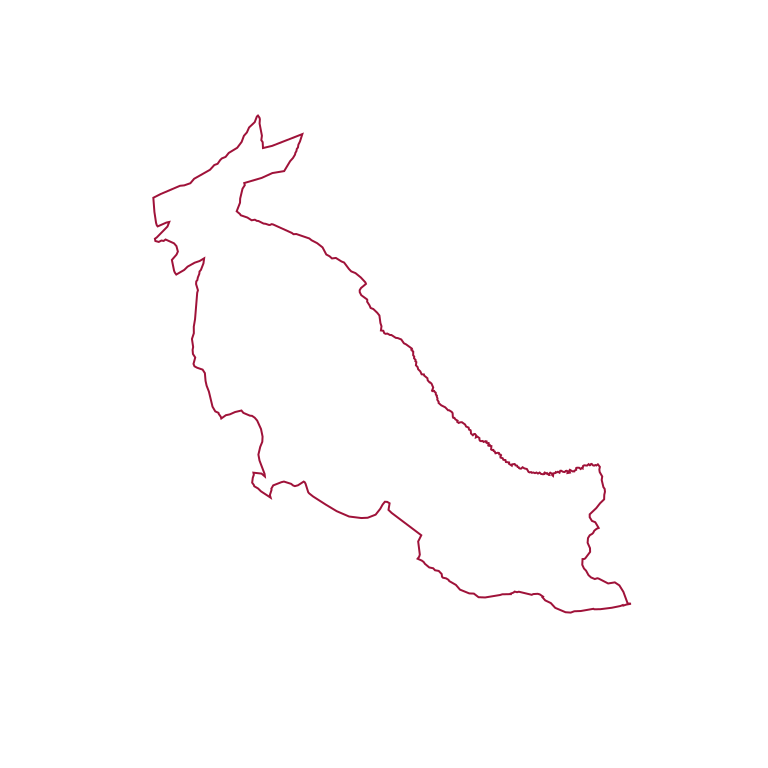 the district of Yahuma, Orientale, Democratic Republic of the Congo, rotated 158°
{"feature_id": "63176286B43218121140485", "entity_name": "Yahuma", "entity_type": "district", "adm_level": 2, "iso_a3": "COD", "parent_name": "Democratic Republic of the Congo", "parent_adm1": "Orientale", "projection": "albers", "projection_center": [22.941, 0.801], "detail": "fine", "context": "isolated", "style": "outline", "palette": "rose", "viewbox_px": 768, "rotation_deg": 158, "n_neighbors": 0, "source": "geoboundaries", "source_scale": "gbopen_adm2", "svg_char_len": 6154}
<svg xmlns="http://www.w3.org/2000/svg" viewBox="0 0 768 768"><g transform="rotate(158 384 384)"><path d="M309.1,112.3L301.2,104.4L296.5,102.1L292.7,102.0L286.6,99.8L274.0,97.1L273.5,96.4L267.9,94.2L256.6,91.2L248.0,89.6L245.3,89.6L245.2,88.9L242.0,88.7L238.2,87.9L238.1,88.2L240.3,89.3L239.9,101.6L241.2,109.1L244.3,113.6L250.9,115.1L257.9,123.2L259.0,124.0L261.6,124.2L264.5,127.1L266.0,130.2L266.6,135.3L267.7,138.0L267.9,142.1L265.5,147.3L264.1,146.8L262.8,146.9L255.8,151.1L254.5,154.6L254.7,160.5L252.6,164.7L249.9,166.7L247.0,167.1L245.7,167.7L244.0,169.2L241.1,170.1L238.9,170.1L239.9,176.7L242.5,179.2L243.2,183.4L242.1,186.1L233.7,189.4L228.3,192.5L223.1,194.6L221.3,198.7L219.5,201.3L218.7,204.1L219.2,206.2L218.1,213.5L216.3,216.5L217.0,221.5L216.4,224.0L214.9,226.3L215.8,229.4L217.6,228.9L218.4,229.7L219.8,229.6L220.7,230.3L221.4,232.1L222.3,232.2L223.2,231.5L223.7,231.6L224.3,233.0L226.3,232.3L228.8,233.6L230.0,233.5L230.7,232.4L231.2,232.3L231.5,231.3L232.3,232.0L233.5,231.5L234.4,233.2L236.4,234.1L237.4,234.0L238.0,232.4L239.9,232.3L240.3,231.7L241.9,232.3L243.8,234.8L244.8,234.1L244.8,232.2L247.3,232.7L246.5,234.3L247.1,235.1L248.1,235.3L249.5,234.7L250.9,235.5L252.3,237.3L253.1,237.5L254.5,236.0L255.6,237.5L257.1,237.3L257.7,238.0L258.6,237.3L260.5,237.7L261.7,235.5L262.2,236.5L261.8,237.8L263.1,239.5L264.5,239.0L264.7,237.7L265.3,238.0L265.5,238.9L266.3,239.3L266.3,240.4L267.5,240.5L268.1,241.7L268.7,241.5L269.3,240.5L270.3,240.7L272.1,241.8L272.9,243.6L274.8,243.3L275.8,244.8L277.4,244.8L278.7,246.0L280.2,246.3L280.6,247.2L282.1,247.5L282.9,248.3L283.4,251.7L285.4,253.1L286.7,254.9L288.5,254.2L289.5,254.6L290.3,255.4L290.3,256.3L291.2,257.0L291.2,258.4L292.6,259.3L292.5,260.1L292.9,260.9L295.3,261.5L296.1,260.4L298.0,263.2L297.4,264.4L300.2,266.0L299.9,268.0L301.7,269.0L301.8,270.8L303.5,272.1L303.4,272.9L302.1,274.1L302.3,274.8L303.5,275.6L303.3,277.0L304.2,277.6L306.6,278.0L306.6,279.9L307.4,280.7L307.3,281.9L308.5,282.3L309.2,283.2L307.7,286.2L310.3,287.7L310.3,288.1L309.0,288.4L309.5,289.3L309.2,290.1L310.5,290.5L311.1,291.4L310.4,292.3L311.1,292.9L313.4,293.0L313.8,294.2L315.5,294.7L316.3,295.5L316.4,296.5L315.8,298.1L317.1,300.2L318.8,300.1L317.8,301.7L318.3,303.5L319.1,303.9L320.8,303.2L321.9,305.5L321.1,308.0L321.1,308.8L322.2,309.8L321.9,311.9L323.8,313.8L324.0,316.1L326.1,319.4L328.0,320.0L329.3,319.9L330.3,321.5L329.5,322.4L331.1,324.5L331.4,326.2L332.4,326.6L332.5,327.7L331.3,331.3L331.7,332.8L333.4,335.2L334.4,335.6L336.0,339.5L338.9,342.8L340.5,346.0L340.0,347.0L340.5,349.5L339.8,350.6L339.8,352.6L339.3,353.5L339.9,354.7L339.3,356.6L340.2,358.2L340.1,358.8L340.7,359.3L341.8,359.3L342.0,359.8L339.7,362.3L339.8,366.5L340.6,368.2L341.1,368.3L342.1,371.0L341.6,373.1L343.6,376.8L343.4,377.9L345.5,378.9L345.6,382.1L346.8,384.9L346.5,387.1L347.4,389.4L345.8,392.2L346.4,393.4L345.7,394.3L346.5,396.7L345.7,398.1L346.2,399.7L344.8,403.0L345.3,403.6L345.0,404.5L345.8,405.5L344.9,406.4L348.7,412.5L350.3,414.3L351.3,418.8L354.0,421.4L355.8,422.4L358.8,426.7L360.1,427.2L362.0,429.5L363.7,429.9L364.7,431.0L364.7,433.6L366.8,434.8L364.7,438.5L364.5,441.8L362.6,449.2L363.6,452.6L365.8,457.5L367.9,459.5L368.0,462.6L368.8,466.6L368.0,468.2L368.1,468.9L371.8,474.8L372.1,478.2L371.4,480.1L369.4,481.6L363.2,483.6L363.2,485.2L365.6,491.5L368.9,497.5L372.2,500.7L373.4,503.7L375.5,511.6L377.5,513.5L381.4,518.9L385.2,519.9L386.6,522.8L389.0,525.7L389.8,533.7L393.2,539.6L397.3,544.4L398.7,546.9L409.1,555.9L411.8,556.8L412.8,558.5L427.1,573.5L428.3,574.3L430.2,574.2L431.1,574.6L433.8,576.9L435.6,577.9L439.4,582.2L440.8,582.9L442.2,584.7L445.4,585.4L448.3,589.5L453.6,594.1L453.9,595.6L455.9,599.3L449.6,606.0L447.9,609.8L442.0,618.1L438.6,620.5L438.3,622.7L420.2,620.9L408.5,621.4L396.8,618.8L387.5,625.8L383.8,627.6L380.6,630.0L379.5,631.6L378.1,632.6L376.7,634.7L375.2,635.5L373.7,638.0L371.1,640.3L366.1,646.3L398.6,646.7L407.8,648.1L405.9,653.7L406.4,656.1L404.2,659.9L401.8,672.1L399.9,676.0L399.7,677.6L400.3,680.1L401.7,679.6L405.8,675.2L413.0,672.4L416.9,668.6L420.9,666.6L425.3,661.8L431.6,658.0L441.4,656.4L445.8,653.9L449.8,653.9L452.0,653.0L455.8,650.5L459.3,650.6L465.1,647.8L483.2,645.4L488.3,642.7L494.8,643.0L498.9,644.2L519.8,643.8L528.1,643.1L532.4,629.6L535.0,618.7L535.2,616.2L534.8,614.9L525.3,615.2L522.4,614.7L525.8,611.1L539.8,605.0L542.0,604.5L542.4,602.2L539.6,600.1L536.7,600.4L534.7,599.2L532.4,599.8L526.0,593.1L524.8,589.6L525.5,584.0L527.9,581.7L534.2,578.5L536.2,567.7L536.2,565.7L535.6,563.3L526.5,564.6L522.1,566.4L514.1,567.4L508.9,567.1L503.7,567.9L506.2,563.5L511.0,558.4L512.9,557.4L514.0,555.3L516.7,552.5L518.2,550.2L519.6,549.5L520.8,547.1L521.4,540.6L523.0,538.6L534.9,514.9L538.9,508.4L541.3,502.3L545.2,497.7L547.1,489.8L548.7,487.3L549.9,483.4L549.1,479.3L553.1,474.0L553.1,471.4L551.2,469.1L546.8,465.3L546.0,461.2L548.3,453.7L549.1,448.9L549.2,442.5L551.5,427.2L550.7,421.8L548.3,419.3L548.4,418.0L547.6,414.8L547.8,413.0L542.3,414.3L538.3,413.6L532.6,413.8L526.1,412.8L525.2,409.9L520.2,404.9L518.3,403.9L516.5,401.2L515.3,397.6L514.9,388.3L516.3,380.7L518.5,376.0L522.3,372.1L526.9,365.6L528.1,359.7L528.4,345.4L529.1,342.9L531.1,346.8L538.3,350.7L538.7,348.6L540.8,346.2L543.2,341.9L542.5,339.1L542.6,337.8L539.9,334.3L538.3,330.6L531.7,321.1L531.4,323.8L527.9,328.0L527.7,329.1L524.7,331.5L515.8,331.4L513.3,331.0L507.5,326.2L506.3,324.0L504.9,322.7L501.7,322.3L495.0,323.6L494.3,322.6L494.1,321.0L494.8,312.0L494.4,310.7L491.9,306.3L483.1,293.9L475.5,283.8L466.0,274.2L455.2,268.2L449.2,266.1L440.7,266.0L434.2,269.7L430.5,272.7L427.3,274.5L425.2,273.5L423.5,271.3L427.0,265.6L425.2,261.6L406.1,229.8L411.3,225.2L414.7,212.4L416.1,210.7L418.3,209.4L415.1,206.1L413.9,204.1L413.4,201.9L410.8,197.0L407.4,194.7L406.5,192.2L403.3,190.2L401.7,186.2L402.4,183.6L401.9,182.3L399.2,180.5L397.6,178.3L397.3,176.8L392.6,170.8L390.6,164.9L383.4,157.9L379.2,156.0L376.2,150.9L370.2,148.2L355.5,144.9L353.1,144.7L345.2,141.7L345.1,142.2L342.0,142.1L340.7,142.6L338.6,141.1L336.8,140.9L326.0,133.2L324.3,133.3L320.1,131.9L318.4,130.6L316.2,127.3L317.0,127.0L315.6,123.0L311.4,118.4L309.1,112.3Z" fill="none" stroke="#9f1239" stroke-width="2"/></g></svg>